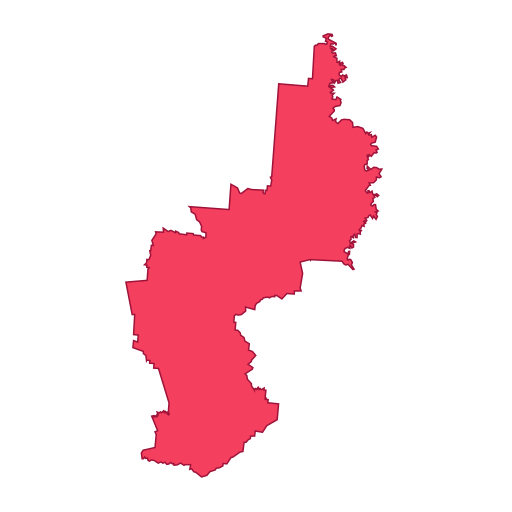 Indigo, Victoria, Australia, rotated 86°
{"feature_id": "25037944B29539471298626", "entity_name": "Indigo", "entity_type": "district", "adm_level": 2, "iso_a3": "AUS", "parent_name": "Australia", "parent_adm1": "Victoria", "projection": "orthographic", "projection_center": [146.626, -36.209], "detail": "fine", "context": "isolated", "style": "filled", "palette": "rose", "viewbox_px": 512, "rotation_deg": 86, "n_neighbors": 0, "source": "geoboundaries", "source_scale": "gbopen_adm2", "svg_char_len": 6075}
<svg xmlns="http://www.w3.org/2000/svg" viewBox="0 0 512 512"><g transform="rotate(86 256 256)"><path d="M40.2,164.7L39.4,168.7L41.1,173.7L42.1,173.7L43.7,170.7L46.6,171.7L47.1,170.3L49.1,170.1L49.7,171.8L48.9,172.6L48.4,178.9L50.1,180.6L49.8,181.8L50.8,183.2L83.1,187.3L82.5,191.2L90.2,192.6L85.8,221.3L178.0,234.8L178.4,236.1L181.4,235.0L187.3,236.5L186.8,239.7L191.4,240.5L191.1,242.1L194.5,242.6L194.3,243.8L192.8,244.5L190.8,244.1L189.4,255.9L188.1,259.4L192.6,266.3L192.1,267.9L186.8,269.7L182.7,276.0L207.8,279.6L202.1,319.0L203.5,317.7L207.4,317.5L210.1,313.8L215.6,312.7L218.1,309.9L222.6,308.2L226.3,308.8L227.9,308.2L229.3,304.3L233.9,304.7L234.8,307.2L233.6,307.0L233.3,309.1L231.8,309.8L230.7,316.8L229.3,317.1L228.3,323.4L230.0,323.7L228.5,331.2L227.2,331.5L225.6,334.4L227.1,334.7L224.5,339.1L225.5,341.9L221.7,346.6L225.8,346.6L224.9,354.5L227.0,354.1L233.1,358.8L238.3,357.7L238.0,359.6L243.4,360.7L243.3,361.6L247.9,361.0L252.2,363.1L251.8,365.1L255.1,365.6L257.0,367.8L257.5,365.5L259.6,365.8L260.2,363.4L261.5,364.7L272.7,366.3L273.0,387.6L305.8,383.6L305.9,381.1L325.9,383.6L326.7,379.0L333.6,380.1L331.8,384.0L338.8,385.2L343.3,375.1L345.5,375.1L347.6,372.8L352.9,372.5L352.3,372.1L352.9,369.1L355.5,369.6L356.2,365.2L360.7,365.9L361.4,361.1L396.5,353.0L405.2,354.3L407.7,353.7L408.4,354.2L407.5,355.3L407.2,354.0L405.5,355.7L405.8,356.6L405.0,357.0L406.0,357.7L404.5,358.2L405.0,359.2L404.2,359.2L405.8,361.2L404.8,362.1L405.7,363.4L404.8,365.5L407.3,364.7L408.2,365.1L407.6,365.9L409.1,365.9L408.7,366.9L409.3,366.7L409.3,367.5L408.4,368.2L409.4,369.1L408.2,369.4L408.5,371.2L423.5,366.3L424.3,369.0L427.3,368.0L440.0,370.1L441.9,382.2L444.6,384.1L450.4,383.7L450.3,382.3L448.7,381.1L450.2,380.2L450.1,378.4L452.4,377.9L453.2,376.6L452.1,374.4L453.0,371.6L455.8,368.0L454.8,365.1L456.2,363.3L455.4,361.1L457.6,359.6L457.4,357.4L456.1,355.4L457.6,353.8L457.3,352.5L459.0,352.4L458.8,349.0L457.3,345.7L459.8,342.4L459.2,341.3L459.6,335.8L464.2,336.9L463.7,335.1L466.9,333.1L467.6,331.1L472.6,325.7L471.4,320.3L467.9,317.0L466.6,311.6L464.8,310.4L464.8,307.6L463.1,303.7L460.7,303.3L461.3,299.6L455.2,294.9L455.0,293.1L450.4,285.5L450.1,282.7L441.1,280.9L441.1,278.9L438.6,276.4L437.8,274.4L435.3,274.0L435.5,269.9L430.5,269.0L432.3,261.8L425.9,257.0L420.8,246.3L405.1,243.8L403.2,254.5L400.1,253.9L399.7,256.6L398.5,255.8L398.3,256.8L390.6,255.5L390.3,257.4L388.3,257.1L389.6,259.8L389.3,261.4L388.6,261.2L388.8,262.4L387.7,262.6L388.7,263.2L387.6,263.5L389.1,264.9L388.1,265.9L388.5,266.8L389.9,266.9L385.2,269.6L383.0,269.5L378.3,273.2L374.5,273.5L372.8,275.1L368.6,267.5L367.1,266.9L363.5,271.5L360.9,268.0L359.7,267.8L355.2,263.2L351.1,266.1L349.3,270.0L343.1,268.8L340.1,273.0L336.5,273.7L334.0,276.8L331.6,277.1L328.8,279.4L328.4,282.0L320.8,280.8L320.5,282.8L314.0,281.7L312.8,280.1L313.7,278.1L313.4,274.6L310.1,270.1L306.2,270.0L309.4,261.0L305.5,260.3L303.3,258.8L301.7,255.4L300.2,254.7L299.6,252.7L298.2,251.5L297.8,247.0L298.7,245.6L297.5,243.2L297.9,240.2L296.6,240.0L297.0,237.8L300.6,233.2L295.6,227.8L296.6,220.5L293.6,220.1L294.0,213.4L291.1,214.2L276.6,210.7L265.1,212.4L263.3,202.2L264.1,201.9L263.5,201.3L267.2,170.5L269.8,169.1L271.2,167.2L270.8,164.7L276.3,160.3L276.0,159.1L271.6,161.4L269.2,160.3L266.1,161.8L265.8,163.3L266.6,164.3L265.3,165.3L261.7,164.0L260.8,162.7L257.9,162.3L257.9,163.2L260.2,164.4L257.9,167.7L256.3,167.7L254.8,166.6L253.8,164.4L254.9,161.8L253.0,162.1L251.8,161.4L254.7,159.8L253.9,158.1L251.4,157.9L250.1,159.9L248.9,155.7L247.7,157.4L249.7,161.0L247.3,161.6L246.1,160.0L243.6,160.1L243.3,159.3L244.5,157.7L242.4,157.7L241.2,156.0L244.4,155.6L244.7,153.9L241.1,153.6L240.8,152.1L241.4,150.4L238.8,150.3L237.7,148.5L237.9,150.9L237.0,151.3L235.3,149.2L233.0,148.2L233.9,146.1L231.8,146.3L230.9,144.4L229.0,146.1L228.5,145.4L229.3,144.0L228.3,143.0L225.9,144.5L225.4,141.6L223.4,140.4L223.1,139.2L226.7,137.1L224.4,135.9L227.8,133.7L225.1,132.1L223.0,133.1L221.3,132.3L220.3,133.7L219.6,131.0L217.8,132.8L213.1,133.2L212.9,134.5L214.3,136.6L213.0,137.9L211.4,137.2L209.8,135.1L206.7,135.4L205.8,133.3L203.8,134.2L203.9,132.0L205.3,130.9L204.1,129.4L202.4,131.2L203.1,133.5L202.4,135.3L199.4,135.7L200.7,137.9L198.7,138.7L198.8,139.8L200.8,139.7L201.1,140.7L198.4,142.4L193.5,138.3L193.4,137.0L191.0,138.1L191.1,133.6L188.4,130.6L185.6,130.4L186.6,127.5L185.7,125.7L182.4,127.5L178.1,124.4L177.9,127.4L176.3,129.3L175.7,132.3L177.6,135.5L174.1,138.7L176.4,139.1L178.2,137.5L179.0,140.2L177.7,141.5L174.2,141.8L172.4,141.1L171.9,138.6L168.6,138.5L167.6,137.1L165.9,137.8L164.5,136.4L164.2,138.1L163.2,137.9L162.8,135.9L164.6,134.0L161.2,130.9L161.7,129.0L161.1,128.0L158.7,128.8L157.8,126.5L155.0,128.0L154.0,133.1L152.8,133.9L151.5,132.9L150.8,129.2L145.8,127.4L143.9,128.6L145.5,132.2L143.0,132.5L143.4,134.9L142.5,135.2L140.8,133.7L141.3,135.5L140.1,136.8L141.5,138.0L136.1,140.5L134.0,145.4L134.4,150.2L129.5,150.4L126.6,153.1L125.8,158.6L126.2,161.2L129.6,165.2L127.4,167.3L124.8,166.6L126.2,170.0L123.5,170.9L121.8,173.2L116.8,167.8L115.4,167.7L114.4,168.9L113.5,168.3L112.3,166.3L111.8,161.8L108.9,160.4L106.8,161.0L105.7,160.4L103.0,164.1L105.6,165.4L104.7,169.2L102.4,168.3L101.0,168.9L99.1,166.7L98.8,170.0L97.9,170.5L96.1,167.2L95.0,167.7L94.4,169.3L93.1,168.7L92.8,165.8L91.1,167.4L91.0,170.0L93.3,170.1L92.0,171.7L88.9,170.2L88.7,167.0L85.2,168.4L85.6,166.4L88.7,165.5L86.6,164.2L86.5,162.6L89.4,162.1L88.8,159.5L86.2,161.1L84.8,160.3L84.9,158.6L88.6,157.2L86.5,154.1L83.3,154.9L83.2,153.7L85.1,152.4L81.7,153.1L82.4,155.6L81.4,157.0L83.0,158.4L80.8,160.6L78.6,159.8L78.4,157.6L75.8,157.9L76.1,155.3L74.6,154.4L74.1,153.0L72.4,154.7L71.6,156.9L70.1,155.7L68.8,156.3L69.2,157.7L71.5,158.8L70.6,159.5L67.5,159.0L68.6,161.0L68.2,161.7L64.4,161.5L62.6,164.5L61.8,163.8L61.8,161.9L58.9,162.6L58.9,165.4L58.3,166.1L56.1,165.6L54.2,166.9L54.4,165.3L56.7,164.2L54.9,161.7L52.1,165.1L52.1,167.2L49.6,166.4L49.9,164.1L49.1,162.5L49.8,161.6L51.6,161.7L50.2,161.1L49.3,161.4L44.8,168.6L43.5,168.8L40.7,166.7L42.2,165.3L41.8,164.3L40.2,164.7Z" fill="#f43f5e" stroke="#9f1239" stroke-width="1.5"/></g></svg>